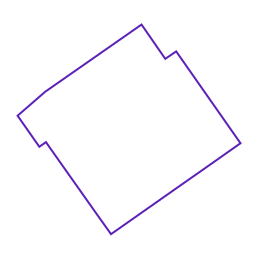 Dallas, Iowa, United States of America (Natural Earth projection), rotated 145°
{"feature_id": "52423323B12801539199166", "entity_name": "Dallas", "entity_type": "district", "adm_level": 2, "iso_a3": "USA", "parent_name": "United States of America", "parent_adm1": "Iowa", "projection": "natural_earth1", "projection_center": [-93.981, 41.683], "detail": "fine", "context": "isolated", "style": "outline", "palette": "violet", "viewbox_px": 256, "rotation_deg": 145, "n_neighbors": 0, "source": "geoboundaries", "source_scale": "gbopen_adm2", "svg_char_len": 358}
<svg xmlns="http://www.w3.org/2000/svg" viewBox="0 0 256 256"><g transform="rotate(145 128 128)"><path d="M44.6,51.0L44.6,163.1L57.8,163.3L57.6,205.0L175.2,205.2L211.4,201.4L211.4,192.2L211.4,170.4L211.4,163.5L203.3,163.5L203.3,157.3L203.3,149.5L203.0,76.2L202.8,50.8L123.7,50.9L84.1,50.9L44.6,51.0Z" fill="none" stroke="#5b21b6" stroke-width="2"/></g></svg>